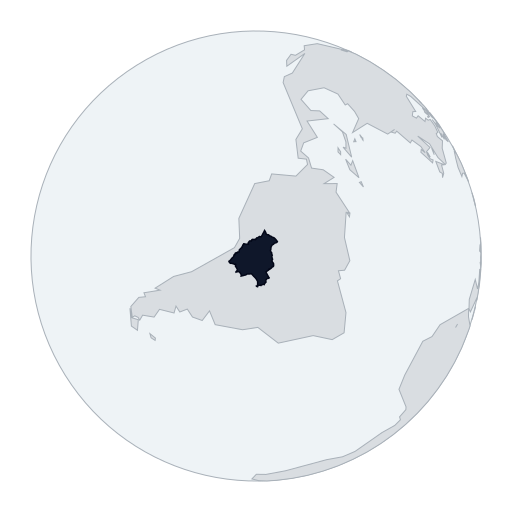 Bolivia highlighted on a globe, orthographic projection, rotated 58°
{"feature_id": "BOL", "entity_name": "Bolivia", "entity_type": "country or territory", "adm_level": 0, "iso_a3": "BOL", "parent_name": "South America", "parent_adm1": "", "projection": "orthographic", "projection_center": [-65.153, -16.301], "detail": "fine", "context": "on_globe", "style": "filled", "palette": "ink", "viewbox_px": 512, "rotation_deg": 58, "n_neighbors": 0, "source": "natural_earth", "source_scale": "50m", "svg_char_len": 9538}
<svg xmlns="http://www.w3.org/2000/svg" viewBox="0 0 512 512"><g transform="rotate(58 256 256)"><circle cx="256" cy="256" r="225" fill="#eef3f6" stroke="#a8b0b8"/><path d="M195.6,39.0L196.1,38.8L198.3,38.2L200.8,37.6L205.3,36.6L211.8,35.2L211.2,35.6L216.9,34.3L216.1,34.3L218.2,33.9L222.1,33.3L220.2,33.7L222.2,33.5L220.5,33.9L223.5,33.3L223.0,34.0L229.0,32.6L233.3,32.5L231.5,33.2L224.4,34.1L202.7,40.2L198.7,42.4L200.2,43.9L218.1,44.0L216.7,46.5L220.0,49.2L224.1,46.9L223.0,44.2L231.5,41.4L229.0,39.2L232.1,38.0L232.5,35.9L240.3,35.4L247.6,36.3L247.6,38.2L250.8,38.9L257.1,36.8L263.3,41.0L278.0,45.4L278.7,47.0L268.9,49.5L252.9,49.4L240.0,55.3L256.2,50.9L257.9,56.1L261.4,57.0L265.9,56.8L268.4,54.9L270.6,56.9L255.4,61.2L253.2,59.4L258.0,57.8L250.5,58.2L240.3,62.3L241.9,65.2L224.7,70.5L225.6,72.9L222.4,75.8L222.1,71.4L222.4,79.7L202.4,91.4L202.5,108.7L193.9,96.1L185.6,95.8L175.4,97.6L175.2,100.3L162.1,100.7L149.4,109.1L143.5,124.3L147.0,134.8L161.7,132.4L166.7,125.1L177.8,122.0L168.6,141.2L187.9,141.1L185.3,155.6L190.7,162.5L200.7,159.5L210.9,162.3L218.5,153.3L230.7,148.1L230.7,159.9L237.6,148.8L244.3,154.3L268.6,153.8L266.7,156.4L287.2,171.2L309.7,178.9L315.0,188.4L312.2,193.9L320.1,196.3L320.2,200.1L351.7,209.7L367.8,222.0L367.3,235.7L353.8,249.7L341.7,283.3L317.5,292.3L311.4,306.5L292.6,327.0L277.9,324.5L282.2,335.8L274.1,342.2L264.6,342.4L263.1,350.3L256.1,350.4L260.9,355.7L250.1,366.1L253.8,374.8L246.1,383.5L248.8,388.6L245.6,388.5L242.5,390.5L242.4,393.4L232.5,388.9L229.0,377.3L232.0,371.3L227.8,370.5L234.1,355.5L229.8,358.6L229.7,336.7L235.2,318.9L237.5,269.8L232.4,260.5L215.0,250.6L193.9,218.7L199.2,204.9L194.7,199.2L209.4,179.8L205.7,163.8L200.6,161.9L195.4,168.4L178.3,160.4L172.7,149.3L123.3,141.1L118.9,136.9L120.1,128.2L110.1,107.2L111.4,129.3L106.3,126.4L103.5,119.4L106.7,116.2L106.9,105.6L103.2,103.7L108.4,91.5L126.5,73.5L126.7,74.4L131.1,70.6L131.1,69.5L130.0,69.8L137.7,64.3L151.5,56.4L165.8,49.6L180.5,43.7L195.6,39.0ZM200.7,115.1L222.9,122.5L209.8,124.5L212.3,122.6L206.9,119.3L196.5,116.9L185.1,120.2L200.7,115.1ZM211.8,104.1L207.9,103.7L211.8,103.3L211.8,104.1ZM128.8,70.5L130.6,69.8L128.9,72.1L126.9,72.7L128.8,70.5ZM133.9,66.7L129.8,69.4L130.1,69.2L130.7,68.8L133.9,66.7ZM228.3,36.4L230.3,36.2L229.2,36.7L228.3,36.4ZM226.5,35.9L223.6,36.7L222.4,36.6L224.1,36.1L226.5,35.9ZM230.3,35.1L220.5,36.4L218.3,36.3L223.2,34.6L230.3,35.1ZM214.3,34.6L215.2,34.6L210.9,35.3L214.3,34.6ZM211.0,35.3L209.8,35.5L211.0,35.3ZM241.0,31.2L243.2,31.1L239.2,31.4L241.0,31.2ZM249.4,398.8L233.5,390.6L242.3,394.2L247.7,389.6L256.2,395.9L249.4,398.8ZM265.6,387.1L272.3,384.8L274.1,386.3L269.8,388.3L265.6,387.1ZM410.7,92.2L408.8,91.2L417.0,103.8L413.6,103.3L405.9,98.2L392.1,82.5L401.3,85.6L396.6,81.1L385.5,73.1L389.3,75.1L385.9,72.5L388.4,73.9L385.6,71.7L398.5,81.5L410.7,92.2ZM457.2,357.3L457.1,357.5L452.6,365.9L448.0,372.7L442.9,377.6L441.3,371.4L446.5,363.3L453.7,345.0L466.1,304.2L472.1,289.1L474.2,275.6L472.5,242.7L473.2,228.0L471.4,220.3L468.5,219.5L465.7,210.3L463.4,208.7L444.8,205.4L435.7,192.8L416.7,159.7L417.6,149.4L411.8,136.3L413.1,103.4L420.1,108.0L428.7,111.5L431.0,114.2L437.3,122.6L443.0,130.4L451.4,143.9L458.8,157.9L465.2,172.5L470.6,187.4L474.9,202.7L478.1,218.3L480.2,234.0L481.2,249.8L481.1,265.7L479.8,281.6L477.5,297.3L474.0,312.8L469.5,328.0L463.9,342.8L457.2,357.3ZM420.5,121.1L422.4,124.7L420.5,121.1ZM269.4,153.6L272.3,156.0L268.4,156.0L269.4,153.6ZM207.7,129.1L212.5,129.0L214.9,130.5L211.2,131.3L207.7,129.1ZM248.7,127.4L254.4,128.3L248.4,129.3L248.7,127.4ZM226.4,123.5L244.2,127.2L232.6,130.7L221.4,128.7L229.3,127.4L226.4,123.5ZM209.0,110.1L212.0,110.6L210.9,112.6L209.0,110.1ZM214.6,103.9L213.5,104.1L212.1,102.7L214.6,103.9ZM258.7,55.8L260.0,55.6L264.5,55.8L262.2,56.6L258.7,55.8ZM285.4,53.0L288.4,56.3L284.7,54.2L282.1,55.6L271.1,53.4L278.6,47.7L277.1,50.4L285.4,53.0ZM258.5,49.8L264.6,51.2L257.6,49.9L258.5,49.8ZM364.7,59.2L368.6,61.2L371.9,63.5L370.3,63.7L365.4,60.2L364.7,59.2ZM360.4,56.4L361.8,57.1L362.9,57.7L364.4,58.5L367.3,60.2L381.4,68.8L385.3,71.6L380.2,69.3L379.7,68.3L376.0,66.1L373.2,63.8L359.2,55.8L359.6,55.9L360.4,56.4ZM330.1,43.3L328.9,43.1L322.7,41.2L322.8,41.1L316.8,39.3L323.5,41.1L330.1,43.3ZM240.9,32.4L238.0,32.7L240.5,32.1L240.9,32.4ZM232.3,32.0L232.2,32.0L232.8,31.9L237.4,31.5L241.3,31.2L253.5,31.4L250.8,31.6L261.1,32.4L258.1,33.3L251.5,32.6L256.9,34.4L249.7,34.2L254.1,35.5L239.8,33.9L233.6,34.3L241.7,33.4L244.6,32.3L244.1,32.0L237.8,31.8L225.8,32.9L226.8,32.6L232.3,32.0ZM305.8,36.3L296.0,35.6L295.3,37.0L297.7,39.3L287.9,37.7L279.4,35.0L272.9,32.6L275.1,31.9L270.3,31.7L269.9,31.4L273.8,31.7L267.5,31.1L268.2,31.1L266.5,31.0L286.3,32.8L305.8,36.3ZM419.0,100.6L424.5,106.6L423.5,105.6L419.0,100.6ZM416.2,97.6L418.8,100.3L416.0,97.5L415.1,96.6L416.2,97.6Z" fill="#d9dde1" stroke="#a8b0b8" stroke-width="1"/><path d="M239.7,260.9L239.7,260.7L239.5,260.2L239.2,260.1L239.1,259.9L239.2,259.7L239.7,259.3L239.9,259.3L240.0,259.1L240.1,258.9L240.5,258.4L240.8,258.0L241.0,257.8L241.3,257.6L241.4,257.1L241.4,256.8L241.5,256.7L241.8,256.5L242.0,256.3L242.1,256.2L241.8,256.0L241.3,255.8L241.0,255.8L240.8,255.7L240.7,255.6L240.0,253.9L239.9,253.6L239.9,253.4L240.3,252.6L240.5,252.3L240.8,252.0L240.7,251.8L240.2,251.2L240.0,250.9L240.0,250.6L240.0,250.2L240.3,250.0L240.4,249.7L240.5,249.5L240.6,249.4L240.8,249.2L240.9,248.9L241.2,248.7L241.3,248.6L241.3,248.1L241.5,248.0L241.8,247.9L241.8,247.5L241.6,247.1L241.4,247.0L241.2,246.2L241.0,245.9L241.1,245.7L241.4,245.1L241.4,244.7L241.3,243.0L241.3,242.7L241.5,242.5L241.8,242.2L242.0,242.1L242.2,241.9L242.2,241.6L242.3,241.4L242.5,241.2L241.9,240.3L241.5,239.5L241.0,238.8L240.5,237.9L240.2,237.3L239.8,236.6L239.4,236.0L238.9,235.2L239.4,235.2L240.3,235.2L241.2,235.3L241.7,235.4L242.0,235.5L242.2,235.8L242.4,235.7L242.6,235.7L243.1,235.5L243.5,235.4L243.8,235.2L244.0,235.0L244.4,234.4L244.7,234.1L245.0,234.0L245.6,233.9L245.8,234.0L246.1,234.0L246.3,233.7L246.6,233.3L247.2,232.8L247.6,232.7L247.8,232.6L248.1,232.5L248.4,232.4L249.9,231.2L250.5,230.9L250.9,230.8L251.2,230.8L251.7,230.6L253.0,230.4L253.9,230.4L254.1,230.5L254.4,230.5L254.7,230.2L254.9,230.1L255.1,230.2L255.3,230.5L255.4,230.8L255.3,231.0L255.3,231.4L255.4,231.8L255.4,232.3L255.1,232.8L254.9,233.0L254.9,233.3L254.9,233.6L255.0,234.1L255.3,234.8L255.3,235.3L255.2,235.6L255.1,235.9L255.1,236.2L255.2,236.3L255.3,236.4L255.3,236.6L255.4,236.9L255.5,237.2L255.8,237.5L255.9,238.0L256.0,238.2L256.4,238.4L256.5,238.5L256.6,238.8L256.6,239.0L256.9,239.1L257.2,239.2L257.4,239.3L257.8,239.7L258.1,239.9L258.5,240.1L258.6,240.4L258.8,240.8L259.4,241.0L260.2,241.1L260.7,241.2L261.2,241.0L261.6,241.0L262.0,241.2L262.2,241.3L262.5,241.5L262.9,241.8L263.3,241.9L263.6,241.8L263.8,241.7L264.0,241.8L264.1,242.1L264.2,242.3L264.4,242.5L264.9,242.9L265.1,243.1L265.4,243.1L266.1,243.3L266.7,243.6L267.1,243.7L267.4,243.6L267.6,243.7L267.7,244.1L268.3,244.7L268.5,245.0L268.9,245.2L269.7,245.2L269.9,245.3L270.3,245.2L271.4,245.1L271.6,245.1L272.2,245.4L272.9,245.8L273.4,246.1L273.7,246.3L273.9,246.6L274.0,246.9L274.1,247.2L274.0,247.6L273.9,247.7L273.8,247.9L273.9,248.2L274.1,248.5L274.2,248.8L274.3,249.4L274.4,249.6L274.5,251.5L274.0,251.5L273.3,251.5L273.5,251.6L274.1,252.3L274.6,253.0L274.6,254.0L274.7,254.7L274.7,255.6L274.8,256.1L276.1,256.2L277.5,256.3L279.3,256.4L280.9,256.5L281.1,256.5L281.3,256.4L281.5,256.4L281.6,256.6L281.6,256.9L281.6,257.2L281.1,257.8L281.1,258.0L281.1,258.8L281.3,259.5L281.3,260.1L281.5,260.3L282.0,260.6L282.8,261.2L283.1,261.3L283.4,261.3L283.5,261.5L283.5,261.9L283.9,263.0L284.2,263.7L284.3,263.9L284.5,264.1L284.3,264.2L284.2,264.3L283.9,265.1L283.6,266.1L283.3,266.8L283.5,266.8L283.5,267.0L283.6,267.3L283.3,267.3L283.2,267.4L283.0,268.0L282.6,268.7L282.2,269.5L281.9,270.0L282.3,270.3L282.9,270.9L282.8,271.1L282.5,271.2L282.3,271.2L282.1,271.4L282.0,271.6L281.7,271.6L281.8,271.0L281.8,270.4L281.7,270.3L280.7,269.5L279.7,268.9L278.5,268.1L276.8,268.0L275.1,268.0L273.4,268.3L271.8,268.7L271.0,268.8L269.5,269.1L268.6,269.2L268.3,269.9L267.9,270.8L267.6,271.4L267.2,272.0L266.6,272.8L266.6,273.8L266.6,274.8L266.1,276.1L265.8,277.3L265.4,278.4L265.2,279.1L265.1,279.3L264.8,279.0L264.5,278.6L264.5,278.4L264.4,278.4L262.9,278.4L261.4,278.4L261.2,278.5L260.9,278.4L260.7,278.4L260.5,278.5L260.3,278.7L259.7,279.8L259.4,280.3L259.2,280.7L259.1,281.5L258.8,281.4L258.6,280.7L258.5,280.3L258.3,279.8L258.0,279.3L257.7,279.1L257.4,279.0L257.1,278.9L256.6,278.8L256.3,278.8L254.8,278.8L254.7,278.7L254.1,278.8L253.7,278.8L253.4,278.5L252.7,277.9L252.6,277.7L252.3,277.6L252.1,277.6L251.9,278.2L251.7,278.6L251.6,278.8L251.1,279.0L250.6,279.2L250.3,279.2L250.2,279.4L250.1,279.7L250.0,280.0L249.3,280.4L249.2,280.6L249.1,280.9L248.7,281.4L248.6,281.6L248.0,281.8L247.2,281.9L246.8,281.9L246.4,281.9L246.1,281.7L246.1,281.3L246.1,280.9L246.1,280.4L245.8,279.7L245.8,279.2L245.7,278.7L245.3,278.4L245.2,277.9L245.2,277.5L244.9,277.0L244.9,276.3L244.9,275.7L244.4,275.1L244.0,274.3L243.6,274.3L243.5,274.2L243.4,273.7L243.5,273.5L243.7,273.1L243.0,272.6L242.8,272.4L242.7,272.3L242.7,272.1L242.9,272.0L243.0,271.9L242.8,271.5L242.8,271.2L242.7,271.1L242.8,270.9L243.3,270.8L243.4,270.5L243.4,270.3L243.3,270.1L242.9,269.6L243.3,268.9L243.6,268.5L243.7,268.4L243.6,268.2L243.4,268.1L243.1,267.9L242.9,267.7L242.6,267.4L242.2,267.1L242.0,266.8L241.8,266.6L241.8,266.4L241.8,266.0L241.6,265.4L241.5,265.0L241.4,264.5L241.4,264.2L241.3,263.9L241.2,263.6L241.1,263.4L241.2,263.2L241.3,263.1L240.6,262.7L240.3,261.9L239.7,261.4L239.7,260.9Z" fill="#0f172a" stroke="#020617" stroke-width="1.5"/></g></svg>